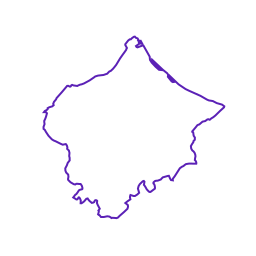 map outline of Ivory Coast (Natural Earth projection), rotated 229°
{"feature_id": "CIV", "entity_name": "Ivory Coast", "entity_type": "country or territory", "adm_level": 0, "iso_a3": "CIV", "parent_name": "Africa", "parent_adm1": "", "projection": "natural_earth1", "projection_center": [-5.78, 7.538], "detail": "fine", "context": "isolated", "style": "outline", "palette": "violet", "viewbox_px": 256, "rotation_deg": 229, "n_neighbors": 0, "source": "natural_earth", "source_scale": "50m", "svg_char_len": 3421}
<svg xmlns="http://www.w3.org/2000/svg" viewBox="0 0 256 256"><g transform="rotate(229 128 128)"><path d="M70.9,56.4L71.6,56.4L73.4,55.8L75.0,54.4L76.6,51.5L78.6,49.2L81.0,49.3L81.6,48.9L82.5,48.8L83.4,50.3L84.4,51.5L85.1,51.5L85.6,53.7L89.9,54.7L91.7,55.3L93.2,56.9L93.7,56.9L94.4,56.6L94.9,56.0L95.0,55.4L94.3,53.9L94.6,52.6L95.3,51.5L96.4,51.4L98.0,51.1L99.9,51.1L101.3,51.3L101.9,50.1L101.4,46.8L101.5,45.0L101.7,43.5L102.3,42.9L104.3,44.8L106.3,45.5L107.6,45.6L108.0,45.2L107.4,43.1L107.6,42.5L108.1,42.1L109.0,41.9L111.5,41.1L112.2,44.5L112.0,45.6L112.5,47.8L113.1,49.9L113.1,50.7L112.5,52.0L111.9,53.2L112.0,53.7L113.0,54.5L114.8,55.3L116.8,55.5L117.9,54.3L119.0,53.3L119.8,52.4L120.0,51.1L121.2,50.2L124.8,49.0L128.0,48.8L128.8,49.2L130.2,51.0L132.1,52.3L134.9,52.1L136.9,52.8L138.7,54.2L139.9,57.3L141.2,59.6L141.8,62.7L143.8,64.4L145.4,65.2L147.6,67.5L149.8,68.6L152.2,68.4L153.2,69.6L155.0,70.4L156.7,70.5L158.2,67.8L160.3,66.8L165.4,64.7L167.4,63.7L169.4,63.1L174.3,62.9L178.9,63.5L181.2,64.0L182.7,63.7L184.2,64.9L185.7,67.6L187.0,68.4L188.3,69.4L189.2,71.5L190.3,73.5L190.9,74.4L192.3,76.5L193.5,76.5L194.6,75.6L195.1,75.0L195.4,76.3L194.9,78.5L195.0,79.9L195.7,80.4L195.3,82.2L194.0,85.1L194.0,86.9L195.3,87.4L196.3,89.3L196.8,92.5L197.4,93.6L197.5,94.2L198.5,102.0L199.7,109.7L198.9,110.7L197.9,111.0L197.2,111.4L197.0,112.1L197.4,113.2L197.2,114.1L195.9,114.8L193.0,117.3L192.8,118.3L192.1,120.4L191.4,121.6L190.5,124.0L189.1,130.3L188.5,135.5L188.4,137.1L187.9,138.2L187.2,139.8L184.1,144.3L182.6,148.0L182.8,149.5L182.9,151.1L182.4,152.3L182.5,155.4L182.9,157.9L183.4,160.5L185.7,167.6L186.8,172.0L187.6,175.5L188.2,177.9L188.8,178.8L189.1,179.7L192.4,180.4L193.0,180.9L193.9,185.5L193.8,187.5L193.1,188.3L193.2,190.1L193.0,192.2L192.5,193.1L190.7,193.2L189.4,194.0L187.7,193.7L187.6,193.1L186.7,193.0L184.2,191.7L184.6,187.8L183.5,187.6L182.6,188.1L180.8,192.9L180.0,193.7L167.7,191.2L165.0,189.3L161.8,188.8L156.2,189.0L151.6,189.6L150.3,190.8L161.9,190.1L163.2,190.3L163.8,191.0L149.1,192.5L143.5,193.5L141.8,193.2L140.5,191.7L134.5,191.5L133.2,192.0L132.5,193.1L134.9,192.9L138.6,192.8L139.7,193.7L127.8,194.8L119.6,197.0L116.1,198.5L104.7,203.8L97.7,206.2L95.8,207.1L92.7,209.7L88.6,211.3L84.0,214.3L81.2,214.9L80.6,214.0L80.5,208.9L80.1,202.1L80.2,199.5L80.6,197.1L80.6,195.1L82.0,194.3L82.4,193.4L82.6,190.8L83.9,188.4L83.9,184.2L84.3,183.3L84.6,182.2L84.1,179.5L83.3,174.3L83.0,174.0L82.7,174.2L81.9,174.3L79.1,172.5L76.9,172.2L75.3,170.7L75.2,168.9L74.4,167.9L73.9,165.9L73.1,163.6L71.0,162.2L68.9,161.8L67.4,162.1L65.7,162.0L63.8,161.3L62.4,160.4L61.1,158.7L59.9,157.4L59.0,157.5L57.8,157.2L56.7,156.6L56.3,156.1L61.1,150.7L62.7,148.1L62.9,146.5L62.9,144.9L63.4,143.2L63.6,140.7L60.9,131.5L60.3,128.6L59.6,127.8L59.1,127.5L60.5,126.3L62.3,126.6L65.1,127.5L65.7,126.6L67.9,121.9L67.8,120.2L67.6,119.0L68.8,115.8L69.8,114.6L70.3,113.3L70.2,111.5L69.4,110.8L68.5,110.9L67.3,110.5L65.5,109.4L64.6,108.5L64.9,104.3L65.0,103.0L65.7,102.2L66.7,102.0L69.4,101.9L71.7,102.4L73.7,102.7L74.7,102.7L75.6,103.9L76.7,105.2L77.7,105.2L78.1,104.2L77.9,100.1L77.2,97.9L75.7,95.7L71.8,93.9L71.7,91.4L72.1,88.7L72.9,87.7L75.8,85.9L75.3,85.0L74.4,84.0L72.6,83.0L73.0,79.7L73.1,76.8L71.5,77.1L69.9,77.3L68.6,76.4L67.4,74.6L67.2,69.7L67.2,64.1L67.0,61.6L67.5,60.2L68.8,59.0L70.4,57.4L70.9,56.4ZM186.1,193.8L185.5,194.8L182.4,194.1L183.1,193.2L186.1,193.8Z" fill="none" stroke="#5b21b6" stroke-width="2"/></g></svg>